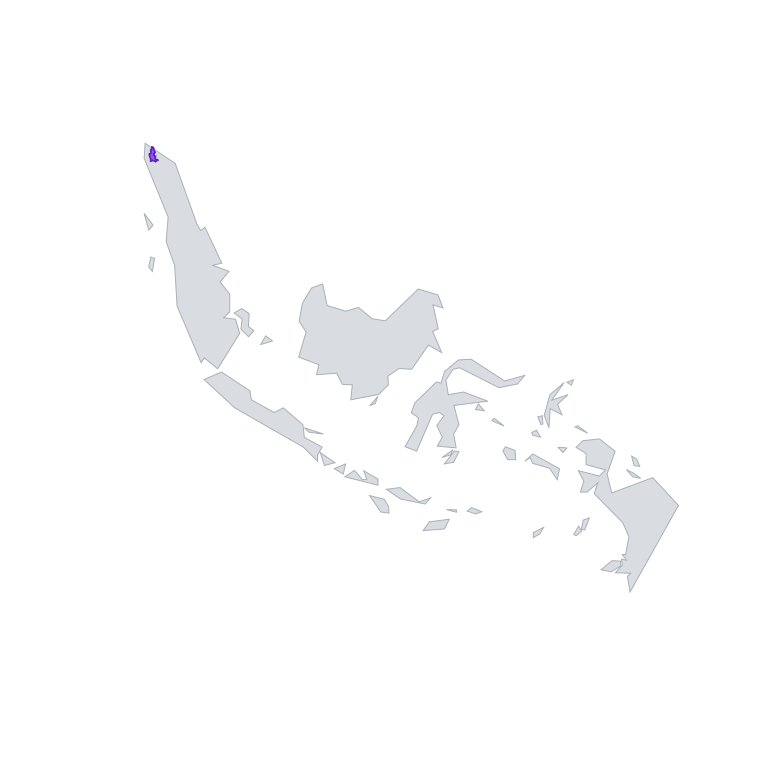 Pidie, Aceh, Indonesia shown in context, rotated 25°
{"feature_id": "22746128B35853530005037", "entity_name": "Pidie", "entity_type": "district", "adm_level": 2, "iso_a3": "IDN", "parent_name": "Indonesia", "parent_adm1": "Aceh", "projection": "orthographic", "projection_center": [95.912, 5.113], "detail": "fine", "context": "in_parent", "style": "filled", "palette": "violet", "viewbox_px": 768, "rotation_deg": 25, "n_neighbors": 0, "source": "geoboundaries", "source_scale": "gbopen_adm2", "svg_char_len": 6195}
<svg xmlns="http://www.w3.org/2000/svg" viewBox="0 0 768 768"><g transform="rotate(25 384 384)"><path d="M286.1,319.2L299.3,336.9L318.7,334.1L328.6,325.4L345.5,329.9L358.5,326.2L374.9,283.4L395.3,280.5L405.3,290.1L394.9,291.5L409.8,311.1L405.9,315.8L423.1,331.2L407.8,330.0L402.8,359.0L391.0,363.6L384.2,375.2L388.3,382.9L383.6,395.7L360.5,412.4L355.7,398.2L346.3,401.9L336.6,394.2L319.0,404.1L316.8,394.0L295.3,395.7L291.5,369.9L280.6,363.0L275.9,345.2L277.8,327.6L286.1,319.2ZM65.8,266.8L101.5,272.3L147.4,318.7L153.1,322.4L155.5,317.6L186.0,343.1L178.6,348.8L195.9,347.5L192.3,360.8L206.3,367.8L213.7,383.9L210.7,391.6L222.1,388.1L231.8,399.1L226.8,440.5L210.0,436.2L209.3,442.0L163.6,400.9L144.2,365.1L126.5,347.1L117.8,323.9L71.2,280.8L65.8,266.8ZM702.2,369.6L694.9,468.5L685.9,455.5L687.5,451.3L673.5,457.2L676.6,447.2L673.3,442.4L674.6,441.6L676.8,441.8L678.2,441.1L672.0,437.8L675.1,436.4L670.5,418.9L659.1,408.8L620.8,394.5L619.6,382.9L613.7,396.2L607.7,399.0L606.1,387.5L596.7,380.4L618.1,376.4L621.0,368.2L601.1,371.7L596.6,361.6L584.9,360.2L588.3,351.3L602.5,342.7L621.9,347.3L624.2,371.2L636.4,386.5L667.1,355.3L702.2,369.6ZM505.0,327.5L489.7,338.8L445.7,337.3L440.3,341.6L438.4,354.3L446.8,366.5L459.6,357.6L485.3,355.7L456.4,373.9L469.1,389.1L468.3,400.0L476.4,411.4L458.5,417.8L459.3,407.6L449.4,399.3L451.9,387.4L446.4,386.4L440.8,390.9L441.9,431.1L429.6,431.9L431.4,407.8L429.4,400.0L420.9,398.5L419.9,388.2L430.6,360.0L435.3,359.1L433.6,347.3L441.3,330.7L452.6,324.7L492.1,330.3L507.9,316.7L505.0,327.5ZM231.7,441.8L265.5,446.9L270.5,454.4L296.5,456.2L302.8,448.2L327.7,455.1L334.3,466.0L354.5,467.4L353.8,476.7L356.4,482.0L337.4,475.3L258.8,468.7L219.0,456.0L231.7,441.8ZM542.9,327.8L555.3,315.9L549.9,329.1L558.2,336.6L545.0,336.1L552.0,354.0L542.4,344.6L538.9,323.5L546.6,306.7L542.9,327.8ZM548.5,384.5L578.9,386.7L581.5,397.6L569.5,390.3L552.4,393.1L547.5,389.0L544.3,394.3L548.5,384.5ZM471.9,475.4L447.5,481.3L430.7,478.4L442.3,471.1L465.6,475.9L474.2,467.7L471.9,475.4ZM402.3,471.2L418.7,472.8L421.3,478.3L387.8,484.6L393.7,474.8L404.9,479.8L408.7,477.6L402.3,471.2ZM500.3,479.0L500.0,489.8L481.5,500.3L483.3,489.8L500.3,479.0ZM232.0,377.1L236.8,389.2L243.6,390.7L241.3,398.4L231.2,394.8L228.0,385.0L218.1,383.0L223.1,375.8L232.0,377.1ZM669.4,458.1L659.2,460.6L665.3,447.8L673.3,444.5L675.4,448.9L669.4,458.1ZM432.9,488.4L440.1,493.3L443.1,498.9L435.3,501.3L418.0,491.2L432.9,488.4ZM530.8,388.8L535.4,396.9L528.2,400.2L520.0,394.5L520.6,389.6L530.8,388.8ZM355.1,473.0L372.8,476.1L364.4,483.0L355.1,473.0ZM383.0,472.7L385.1,482.9L374.7,481.7L383.0,472.7ZM264.7,392.2L255.6,400.3L256.5,390.4L264.7,392.2ZM626.7,418.5L627.6,431.5L624.3,432.4L622.1,423.1L626.7,418.5ZM350.2,455.0L336.2,459.4L330.4,457.3L350.2,455.0ZM480.5,413.6L480.2,425.5L472.5,430.9L476.0,414.9L480.5,413.6ZM94.4,330.7L107.5,337.6L105.8,343.9L94.4,330.7ZM126.5,379.9L121.3,377.3L119.0,367.5L123.0,367.2L126.5,379.9ZM584.2,460.1L582.2,455.5L589.2,446.5L588.4,454.3L584.2,460.1ZM577.0,340.0L589.4,342.5L575.4,342.2L577.0,340.0ZM498.5,368.6L510.6,371.3L497.3,371.7L498.5,368.6ZM474.6,419.7L467.8,425.9L474.0,415.0L474.6,419.7ZM638.9,344.7L645.0,345.4L650.6,350.6L645.1,352.3L638.9,344.7ZM526.6,458.5L522.0,463.0L513.1,464.0L515.7,459.0L526.6,458.5ZM625.3,433.9L622.3,440.3L619.5,440.2L620.5,430.5L625.3,433.9ZM548.3,366.0L540.5,367.5L538.4,365.5L541.7,361.4L548.3,366.0ZM639.8,359.1L648.4,359.4L656.5,361.0L648.7,363.0L639.8,359.1ZM478.0,362.2L486.2,365.9L477.7,368.5L478.0,362.2ZM554.3,305.9L549.0,305.1L553.9,300.2L554.3,305.9ZM493.7,471.4L502.9,467.4L503.8,469.6L493.7,471.4ZM576.7,364.8L575.2,370.4L568.8,368.0L572.1,366.1L576.7,364.8ZM384.3,405.4L380.4,409.3L383.7,397.6L384.3,405.4ZM540.8,345.8L544.9,353.1L543.3,354.4L537.3,348.8L540.8,345.8Z" fill="#d9dde1" stroke="#a8b0b8" stroke-width="1"/><path d="M82.0,278.9L82.2,279.0L82.3,279.0L82.5,278.9L82.6,279.0L82.8,279.0L83.0,278.9L83.1,279.0L83.2,278.8L83.5,278.0L83.8,277.6L84.2,277.3L84.4,277.1L84.6,276.7L84.4,276.5L84.2,276.4L83.9,276.4L83.5,276.6L83.4,276.6L83.3,276.4L83.2,276.4L82.9,276.5L82.7,276.8L82.4,276.8L82.2,276.9L81.8,276.9L81.7,276.8L81.6,276.7L81.2,276.4L81.1,276.2L80.9,276.2L80.8,275.8L80.6,275.6L80.7,275.4L80.8,275.3L80.8,275.1L80.9,274.9L80.7,274.7L80.7,274.4L80.6,274.5L80.4,274.5L80.2,274.4L79.9,274.3L79.6,274.3L79.5,274.2L79.4,274.1L79.1,274.1L78.9,274.0L78.8,273.9L78.7,273.9L78.5,273.7L78.4,273.7L78.2,273.5L78.2,273.4L78.1,273.2L78.2,272.9L78.3,272.9L78.5,272.7L78.4,272.6L78.5,272.6L78.5,272.4L78.4,272.0L78.3,271.9L78.4,271.7L78.5,271.6L78.4,271.5L78.4,271.4L78.5,271.3L78.5,271.2L78.6,270.9L78.8,271.0L79.0,271.1L79.3,271.2L79.1,271.1L78.9,271.0L78.7,270.8L78.6,270.7L78.3,270.4L78.2,270.3L78.0,270.2L77.9,270.2L77.7,270.0L77.6,269.9L77.4,269.7L77.2,269.6L76.9,269.4L76.7,269.2L76.7,269.3L76.7,269.2L76.4,268.9L76.1,268.6L76.0,268.4L76.0,268.2L76.0,267.9L75.7,267.6L75.4,267.5L75.2,267.4L74.9,267.3L74.8,267.2L74.7,267.2L74.3,267.0L74.2,267.0L74.2,266.9L73.8,266.8L73.8,266.7L73.7,266.9L73.5,267.0L73.4,267.3L73.5,267.4L73.5,267.5L73.6,267.8L73.6,268.0L73.8,268.1L74.0,268.3L74.3,268.4L74.5,268.5L74.4,268.6L74.3,268.8L74.2,268.9L74.0,269.0L73.9,269.0L74.0,269.2L74.1,269.3L74.0,269.5L73.9,269.7L74.0,269.7L74.0,269.8L74.0,270.0L73.9,270.0L73.8,270.3L73.8,270.5L74.0,270.7L74.1,270.8L74.1,271.0L74.4,271.2L74.5,271.2L74.5,271.3L74.4,271.4L74.4,271.5L74.2,271.6L74.3,271.7L74.4,271.8L74.4,272.1L74.5,272.2L74.5,272.3L74.7,272.5L75.0,272.8L75.1,273.0L75.2,273.3L75.3,273.4L75.2,273.5L75.1,273.8L75.0,274.1L74.9,274.2L74.8,274.3L74.6,274.3L74.4,274.3L74.2,274.4L73.9,274.5L73.7,274.6L74.0,274.6L74.1,274.9L74.2,275.0L74.3,275.2L74.3,275.3L74.4,275.5L74.6,275.5L75.0,275.9L75.1,276.1L75.3,276.2L75.4,276.3L75.4,276.6L75.5,276.6L75.8,276.8L75.9,277.2L76.1,277.5L76.4,277.8L76.5,277.9L76.9,278.1L77.0,278.1L77.1,278.3L77.3,278.5L77.6,278.8L77.6,279.1L77.6,279.3L77.8,279.5L78.1,280.3L78.2,280.6L78.3,280.8L78.5,280.8L78.7,280.6L78.8,280.5L79.0,280.3L79.1,280.2L79.3,279.9L79.3,279.7L79.5,279.6L79.5,279.4L79.5,279.2L79.8,279.3L80.0,279.3L80.2,279.2L80.3,279.2L80.5,279.1L80.8,279.2L81.0,279.2L81.3,279.0L81.4,278.9L81.5,278.9L81.8,278.7L82.0,278.8L82.0,278.9Z" fill="#8b5cf6" stroke="#5b21b6" stroke-width="1.5"/></g></svg>